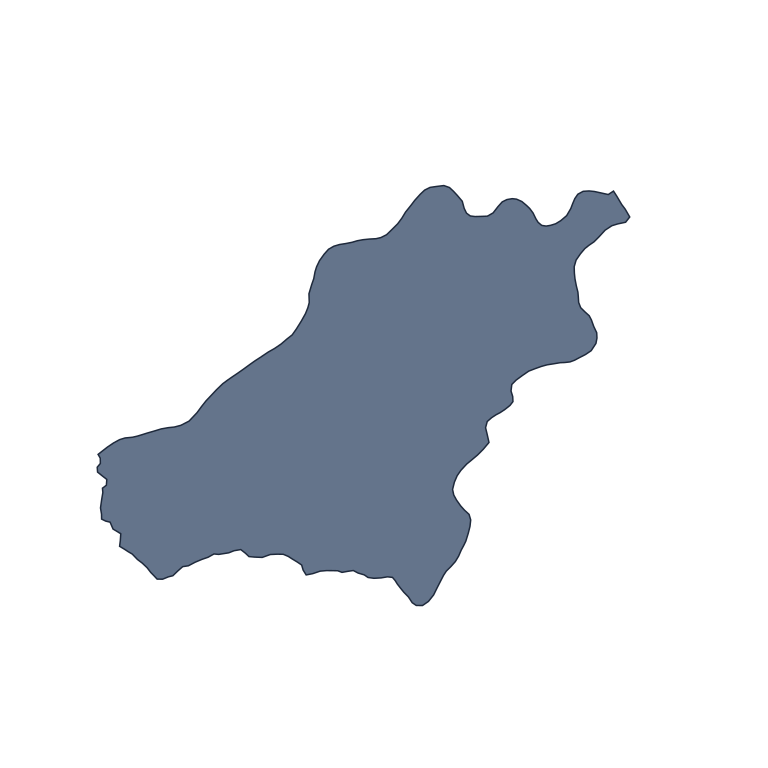 the district of Pirapora, Minas Gerais, Brazil, rotated 40°
{"feature_id": "56859067B69954433860239", "entity_name": "Pirapora", "entity_type": "district", "adm_level": 2, "iso_a3": "BRA", "parent_name": "Brazil", "parent_adm1": "Minas Gerais", "projection": "natural_earth1", "projection_center": [-44.864, -17.379], "detail": "fine", "context": "isolated", "style": "filled", "palette": "slate", "viewbox_px": 768, "rotation_deg": 40, "n_neighbors": 0, "source": "geoboundaries", "source_scale": "gbopen_adm2", "svg_char_len": 3403}
<svg xmlns="http://www.w3.org/2000/svg" viewBox="0 0 768 768"><g transform="rotate(40 384 384)"><path d="M210.2,621.7L214.3,623.2L217.8,627.2L217.8,632.1L221.2,635.6L226.8,635.5L233.0,635.3L236.4,640.0L235.3,644.8L238.4,647.9L242.0,654.0L246.5,661.2L251.3,665.3L254.5,669.0L259.0,667.9L263.0,665.9L269.7,669.3L278.6,667.9L282.7,673.5L285.8,678.3L291.4,677.4L295.7,676.9L300.5,676.1L307.9,676.9L313.9,676.6L320.6,677.0L326.5,678.3L330.7,678.7L335.6,679.3L339.9,675.8L342.8,670.3L345.5,666.6L346.2,660.0L347.2,653.3L351.0,649.0L353.9,641.9L357.3,635.3L360.6,629.8L363.0,623.5L366.9,620.8L370.3,616.9L373.6,613.1L376.3,608.1L380.7,602.9L386.7,602.7L391.5,603.0L396.1,599.8L402.2,595.1L406.5,587.7L411.6,583.0L416.3,579.2L421.5,577.6L425.7,577.1L432.2,576.1L437.3,575.6L441.6,578.5L447.1,580.3L451.3,575.1L455.4,568.4L459.9,563.9L465.0,559.7L468.6,556.8L472.9,555.3L477.0,550.4L480.4,546.6L485.6,545.5L491.6,542.9L496.1,542.5L501.2,539.3L506.4,534.4L510.6,529.5L514.8,526.7L518.9,527.4L522.9,528.7L528.5,529.9L533.2,530.8L539.5,531.4L546.2,533.4L551.1,532.9L555.9,528.9L557.8,522.0L557.6,513.7L555.6,505.5L553.8,497.6L552.6,492.3L552.0,487.3L552.6,480.8L552.8,474.2L551.8,467.9L549.9,461.5L548.9,456.6L547.7,451.8L544.5,444.2L541.4,437.8L537.8,432.4L533.0,429.2L526.7,428.9L521.1,428.1L514.2,426.3L508.8,424.2L504.3,420.7L501.0,413.9L499.0,407.2L498.4,400.8L498.8,392.2L500.1,385.2L501.3,378.3L502.0,370.2L502.0,361.3L495.6,356.4L489.9,352.2L487.2,346.4L488.1,340.6L489.6,335.6L491.4,331.2L493.0,325.7L494.3,319.4L494.1,314.6L490.7,310.9L485.8,307.7L482.2,302.2L482.7,296.1L484.5,288.7L486.6,281.1L489.9,275.1L493.3,269.3L496.6,264.5L501.3,259.1L505.3,254.4L508.6,251.4L512.3,247.5L514.7,243.3L516.7,238.3L519.4,231.9L521.3,225.3L520.3,216.7L517.6,211.9L514.0,208.0L507.7,205.1L501.7,201.6L497.3,199.8L491.7,199.6L485.6,199.1L480.7,196.4L476.7,192.2L473.5,189.0L468.0,185.0L462.6,180.6L458.5,176.6L454.3,171.9L451.5,165.6L450.8,158.1L450.8,151.2L451.9,145.8L453.5,140.1L454.1,133.2L454.5,124.0L456.8,116.3L460.1,111.2L465.1,104.8L464.9,98.1L456.3,95.0L450.7,93.7L441.6,90.5L435.8,88.7L434.0,94.7L427.5,98.1L421.4,101.3L417.0,104.3L412.7,108.4L410.5,114.0L411.0,119.3L412.5,124.3L414.3,129.5L415.7,137.6L414.4,145.3L412.5,150.9L409.6,155.4L406.7,158.8L402.9,161.1L398.1,161.1L394.1,159.8L388.3,157.2L382.8,155.9L378.5,155.6L372.3,155.6L366.7,157.2L363.1,159.6L359.6,163.7L357.5,168.5L357.3,174.9L357.6,182.8L355.3,189.0L351.2,192.7L346.1,197.2L342.1,199.8L337.4,200.1L332.5,197.9L326.5,193.7L318.9,192.4L313.3,191.7L307.9,191.4L302.3,193.5L296.9,199.3L292.9,203.8L290.5,209.3L289.8,215.3L289.5,223.5L289.8,229.5L290.0,238.5L291.1,245.6L291.5,252.5L290.7,261.4L290.0,268.0L287.5,273.8L284.5,277.8L279.8,282.2L275.2,286.9L271.4,291.5L268.5,295.9L264.5,300.9L260.3,305.7L257.0,310.7L254.9,316.4L254.7,323.0L255.3,330.9L257.0,337.5L259.0,342.3L262.5,348.5L264.7,354.3L268.5,363.1L274.4,369.7L276.6,374.4L278.6,380.5L280.2,388.9L281.5,398.1L282.1,405.4L280.7,412.0L279.5,419.4L277.3,427.2L274.8,433.9L273.3,439.1L271.9,443.9L270.3,449.1L268.7,455.2L266.7,463.3L265.0,469.7L263.2,476.0L261.7,481.5L260.3,487.4L259.4,495.8L258.5,511.3L258.7,518.4L259.2,526.2L258.5,537.8L254.9,546.3L251.0,551.8L246.9,556.0L242.2,561.6L238.3,567.6L234.2,573.7L231.2,578.4L228.6,582.4L225.6,586.4L220.3,591.8L217.2,596.6L214.7,603.0L212.7,610.0L211.5,615.6L210.2,621.7Z" fill="#64748b" stroke="#1e293b" stroke-width="1.5"/></g></svg>